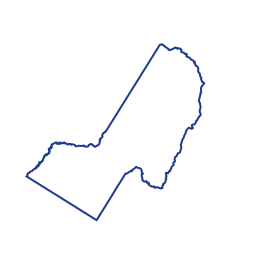 the district of Mohave, Arizona, United States of America, rotated 212°
{"feature_id": "52423323B36780146179485", "entity_name": "Mohave", "entity_type": "district", "adm_level": 2, "iso_a3": "USA", "parent_name": "United States of America", "parent_adm1": "Arizona", "projection": "natural_earth1", "projection_center": [-113.558, 35.605], "detail": "fine", "context": "isolated", "style": "outline", "palette": "blue", "viewbox_px": 256, "rotation_deg": 212, "n_neighbors": 0, "source": "geoboundaries", "source_scale": "gbopen_adm2", "svg_char_len": 5530}
<svg xmlns="http://www.w3.org/2000/svg" viewBox="0 0 256 256"><g transform="rotate(212 128 128)"><path d="M105.8,33.2L105.8,56.6L105.9,67.2L106.0,71.1L105.9,81.5L106.0,88.0L105.2,88.3L104.8,88.9L103.0,92.9L102.4,93.0L101.8,93.6L101.8,94.0L102.1,94.3L102.2,94.7L101.0,97.1L100.9,98.3L100.4,99.2L100.1,99.5L99.4,99.3L98.8,99.3L98.0,99.7L96.8,100.1L95.4,100.2L94.7,99.8L93.9,99.2L93.1,98.0L91.2,97.1L91.3,96.6L91.8,96.1L91.6,95.5L90.5,94.0L90.0,93.8L88.6,92.3L88.1,91.4L86.3,91.1L85.7,91.2L85.1,91.9L84.0,92.6L83.7,92.3L83.4,91.7L83.1,91.7L82.8,91.7L81.8,92.4L81.0,92.4L80.8,92.2L80.9,91.3L80.5,90.9L77.2,90.8L75.8,91.5L74.7,92.3L74.4,92.2L74.1,91.6L73.9,91.5L72.4,92.7L72.0,93.2L69.6,93.8L68.2,94.1L67.6,94.6L67.1,95.2L67.2,95.7L67.8,96.3L68.2,97.2L68.1,97.4L67.9,97.8L67.9,98.4L68.0,98.6L68.3,98.7L68.5,99.0L68.4,99.7L67.8,100.5L67.7,102.2L67.9,102.8L68.5,103.7L68.6,104.1L68.4,104.9L69.7,106.0L69.6,107.1L70.1,107.8L71.9,109.6L71.8,110.3L71.1,110.4L70.2,111.0L70.1,111.8L70.3,112.6L69.9,113.7L69.5,114.0L69.4,114.3L70.1,115.4L70.0,116.8L70.3,117.7L70.2,119.2L69.8,120.9L70.0,121.4L71.0,122.2L71.1,122.5L71.0,123.0L70.6,123.9L70.6,124.8L71.3,125.5L72.3,127.0L72.6,127.6L72.5,128.5L71.9,129.8L72.1,130.8L72.1,132.0L72.4,132.8L72.0,133.4L71.5,133.9L71.3,134.2L71.2,135.1L71.2,135.8L71.9,137.3L72.0,138.5L72.1,138.9L72.6,139.9L74.0,141.2L75.2,145.0L75.7,147.0L75.6,148.9L76.2,151.2L76.5,154.8L76.8,155.1L77.0,155.4L77.1,156.6L77.1,158.0L76.9,159.6L76.6,160.3L76.1,160.7L75.5,160.8L74.3,160.8L73.8,161.0L72.9,162.1L73.1,162.5L74.2,163.0L74.7,163.4L75.2,164.0L75.3,164.4L75.0,165.1L73.9,166.0L73.4,167.1L73.4,168.5L73.8,169.4L73.8,170.0L73.5,171.4L73.8,173.2L73.6,174.2L73.7,175.4L73.4,176.8L73.4,177.6L73.7,178.2L74.3,178.8L75.3,179.4L76.1,180.2L76.7,181.6L77.0,183.1L78.0,184.9L79.2,186.0L79.9,187.0L81.1,187.6L81.6,188.2L82.5,188.7L82.8,190.1L83.2,191.0L83.5,191.7L83.5,192.6L84.1,193.4L84.1,194.2L84.2,194.8L85.0,195.5L85.0,196.1L84.7,196.5L84.7,196.8L85.1,197.6L86.0,198.3L87.4,201.0L87.5,202.6L87.3,203.3L87.3,204.7L87.0,205.7L87.0,205.9L87.6,206.6L88.3,206.6L89.5,206.4L89.9,206.5L90.4,207.3L91.1,207.6L92.1,208.4L92.4,209.4L92.9,209.6L93.8,209.8L94.4,210.5L95.4,211.4L95.9,212.2L96.6,212.4L97.4,212.5L98.6,213.3L99.0,214.0L99.7,215.4L100.7,216.4L100.9,216.4L102.0,217.0L102.7,216.7L103.6,216.8L104.0,217.2L104.3,217.2L104.7,217.4L105.2,218.1L105.5,218.2L105.8,218.7L106.4,219.4L106.8,219.3L107.0,218.8L107.2,219.0L107.7,219.6L108.2,219.8L110.1,219.5L111.1,219.6L112.4,220.1L113.7,220.2L115.2,219.8L116.1,219.8L116.5,219.9L117.1,221.6L117.3,221.8L117.6,221.9L118.2,221.5L118.4,221.1L118.7,221.2L119.3,221.0L119.8,221.1L120.6,221.5L121.7,221.0L122.8,220.7L123.4,221.1L123.6,221.9L124.0,222.0L124.1,222.3L124.4,222.4L124.7,222.8L126.0,222.8L126.2,222.6L126.6,222.5L126.9,222.6L127.2,222.3L127.4,222.3L127.7,222.0L127.9,222.0L128.0,221.7L128.3,221.9L128.9,221.5L129.5,221.6L129.8,221.3L130.2,221.4L131.1,220.5L131.4,219.5L132.0,218.8L132.1,218.4L133.0,217.4L133.7,216.2L134.3,216.0L134.7,216.0L134.9,215.9L135.3,216.3L135.9,216.5L137.1,216.4L138.6,216.7L139.7,216.6L140.3,216.7L140.7,217.0L141.9,216.8L143.6,217.0L144.4,216.1L144.6,215.7L145.1,215.4L145.0,114.5L145.1,113.6L145.1,113.3L145.5,112.7L145.4,112.1L145.7,111.4L146.3,110.5L146.2,110.0L146.3,109.1L146.0,108.2L145.6,108.0L145.3,107.4L145.0,107.0L145.0,106.7L145.2,106.3L145.5,105.4L145.3,104.6L145.9,103.8L145.8,103.4L145.7,102.8L144.9,102.5L144.7,102.1L144.6,101.7L144.7,101.2L144.1,99.7L144.0,98.9L144.1,97.7L144.3,97.4L145.1,96.6L145.4,95.8L145.6,94.9L146.4,94.4L147.1,94.6L148.0,94.5L149.1,95.1L150.0,94.8L150.5,95.0L151.1,94.8L151.4,94.0L151.6,93.7L152.0,93.3L152.2,92.9L152.0,92.1L152.3,90.9L153.6,90.2L154.7,89.3L155.3,89.4L155.7,89.8L156.4,89.6L157.0,88.8L157.4,88.4L159.3,87.4L160.4,86.9L161.3,85.7L162.2,85.1L163.0,84.9L164.3,85.4L166.6,84.7L167.0,84.5L167.4,83.7L167.9,83.6L168.5,83.9L168.9,83.8L169.7,83.1L170.1,82.2L170.6,82.0L172.0,82.3L172.7,81.6L173.7,81.6L174.4,81.9L174.8,81.4L174.8,80.9L174.9,80.7L175.8,80.6L176.2,80.2L176.5,79.4L176.9,79.0L177.9,79.6L178.6,79.1L178.2,78.1L178.6,77.5L179.6,77.1L180.1,77.1L180.4,77.5L180.8,77.9L181.7,77.2L182.3,76.5L182.4,75.9L183.3,74.6L183.4,74.0L183.8,73.3L183.7,73.1L183.8,73.1L183.5,72.4L183.5,72.2L183.0,72.1L182.9,71.8L182.6,71.3L182.7,71.2L182.9,71.3L183.1,71.1L182.8,70.8L182.7,70.9L182.6,70.7L182.8,70.7L182.8,70.3L182.7,70.1L183.2,69.7L183.3,69.7L183.5,69.6L183.5,69.2L183.8,69.0L183.7,68.5L183.9,68.3L183.5,68.1L183.1,68.1L183.0,67.8L183.1,67.6L182.6,67.4L182.8,67.2L182.6,67.0L182.7,66.7L182.3,66.5L182.1,66.3L182.2,66.0L182.1,65.8L182.1,65.2L181.9,65.2L182.0,64.6L181.8,64.5L182.0,64.3L182.2,64.2L182.3,63.8L182.3,63.6L182.1,63.6L182.4,63.1L182.5,62.9L182.8,62.7L182.7,62.4L183.2,62.4L183.3,62.4L183.2,62.0L183.5,62.0L183.5,61.7L183.5,61.2L183.8,61.0L183.7,60.8L183.9,60.7L184.0,60.2L183.9,59.9L184.1,59.6L183.8,59.2L183.8,58.5L183.6,58.3L183.7,58.1L183.5,57.4L183.6,57.1L183.6,56.8L183.3,56.3L183.2,55.6L183.0,55.4L183.1,55.2L183.3,55.1L183.2,54.6L183.5,54.2L183.5,53.4L183.4,53.3L183.8,52.9L183.6,52.7L183.8,52.3L184.1,52.2L183.9,51.9L184.0,51.7L183.9,51.1L184.0,51.0L184.4,51.1L184.1,50.7L184.4,50.6L184.2,50.0L184.4,50.1L184.5,50.0L184.5,49.8L184.2,49.7L183.9,49.0L184.4,48.5L184.1,48.4L184.0,48.0L184.3,47.6L184.4,47.2L184.6,46.9L184.6,46.7L184.8,46.9L184.8,46.3L185.1,46.3L185.0,45.7L185.1,45.2L185.0,44.7L185.4,44.6L185.9,43.6L185.8,43.0L186.5,41.9L186.6,40.6L188.0,38.9L188.0,37.4L188.9,36.5L188.8,35.5L188.1,34.4L188.4,33.2L105.8,33.2Z" fill="none" stroke="#1e3a8a" stroke-width="2"/></g></svg>